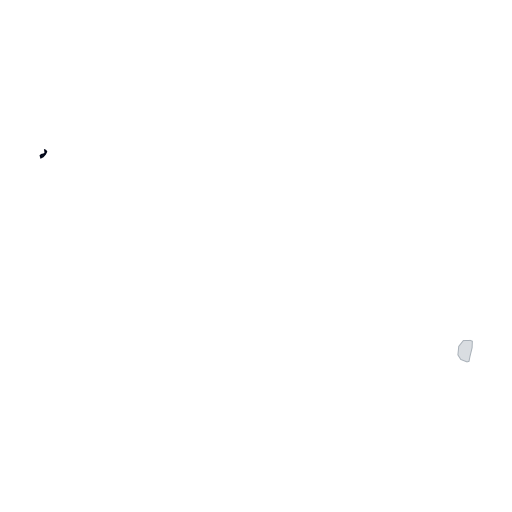 location of Aitutaki within Cook Islands, rotated 273°
{"feature_id": "COK-4951", "entity_name": "Aitutaki", "entity_type": "state/province", "adm_level": 1, "iso_a3": "COK", "parent_name": "Cook Islands", "parent_adm1": "", "projection": "albers", "projection_center": [-158.934, -19.256], "detail": "fine", "context": "in_parent", "style": "filled", "palette": "ink", "viewbox_px": 512, "rotation_deg": 273, "n_neighbors": 0, "source": "natural_earth", "source_scale": "10m", "svg_char_len": 497}
<svg xmlns="http://www.w3.org/2000/svg" viewBox="0 0 512 512"><g transform="rotate(273 256 256)"><path d="M182.2,476.5L175.6,476.6L167.3,475.0L161.9,474.2L161.3,472.2L163.4,465.9L167.8,462.8L176.4,463.2L182.4,467.5L182.9,474.6L182.2,476.5Z" fill="#d9dde1" stroke="#a8b0b8" stroke-width="1"/><path d="M349.2,41.3L346.7,40.2L344.1,38.1L342.9,36.1L345.0,35.4L346.0,36.5L346.6,38.7L347.8,40.2L350.7,39.6L350.5,40.2L350.2,40.6L349.2,41.3Z" fill="#0f172a" stroke="#020617" stroke-width="1.5"/></g></svg>